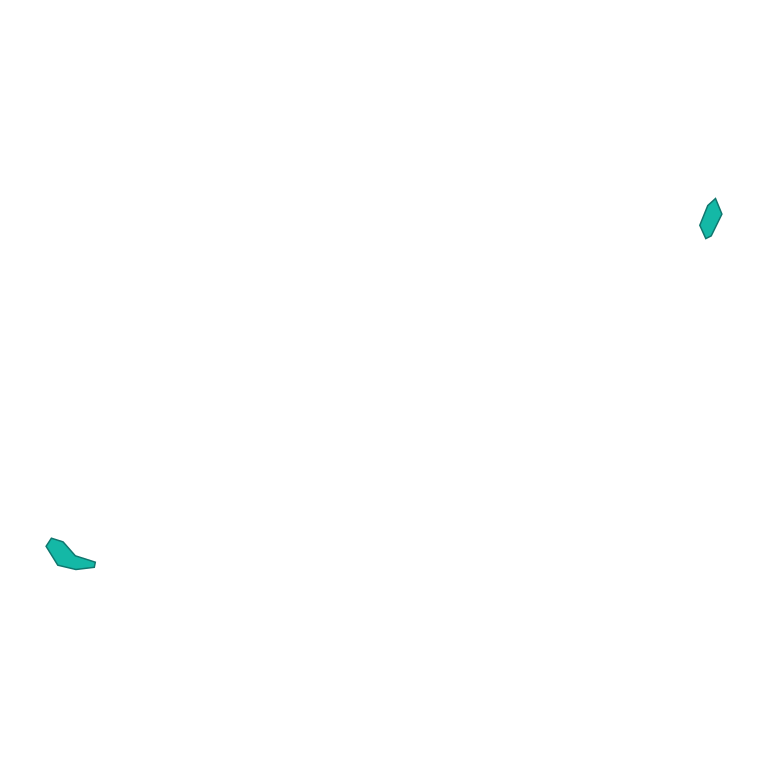 an SVG outline of Wallis and Futuna
{"feature_id": "WLF", "entity_name": "Wallis and Futuna", "entity_type": "country or territory", "adm_level": 0, "iso_a3": "WLF", "parent_name": "Oceania", "parent_adm1": "", "projection": "orthographic", "projection_center": [-177.26, -13.773], "detail": "fine", "context": "isolated", "style": "filled", "palette": "teal", "viewbox_px": 768, "rotation_deg": 0, "n_neighbors": 0, "source": "natural_earth", "source_scale": "50m", "svg_char_len": 316}
<svg xmlns="http://www.w3.org/2000/svg" viewBox="0 0 768 768"><path d="M94.3,567.3L75.9,569.5L57.8,565.2L46.1,546.3L51.4,538.2L63.1,541.9L75.3,555.8L95.3,562.2L94.3,567.3ZM711.2,235.9L705.8,238.6L699.8,225.3L707.8,205.5L715.5,198.5L721.9,214.1L711.2,235.9Z" fill="#14b8a6" stroke="#0f766e" stroke-width="1.5"/></svg>